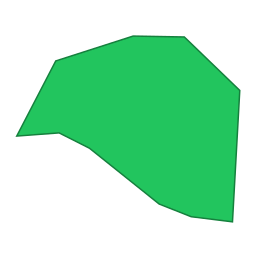 outline of Reading, rotated 181°
{"feature_id": "GBR-5699", "entity_name": "Reading", "entity_type": "Unitary Authority", "adm_level": 1, "iso_a3": "GBR", "parent_name": "United Kingdom", "parent_adm1": "", "projection": "natural_earth1", "projection_center": [-1.033, 51.451], "detail": "fine", "context": "isolated", "style": "filled", "palette": "green", "viewbox_px": 256, "rotation_deg": 181, "n_neighbors": 0, "source": "natural_earth", "source_scale": "10m", "svg_char_len": 293}
<svg xmlns="http://www.w3.org/2000/svg" viewBox="0 0 256 256"><g transform="rotate(181 128 128)"><path d="M21.9,36.0L63.3,40.4L95.5,52.5L166.2,107.1L196.8,121.9L239.1,118.0L201.4,193.8L124.5,220.0L73.3,220.0L16.9,167.5L21.9,36.0Z" fill="#22c55e" stroke="#15803d" stroke-width="1.5"/></g></svg>